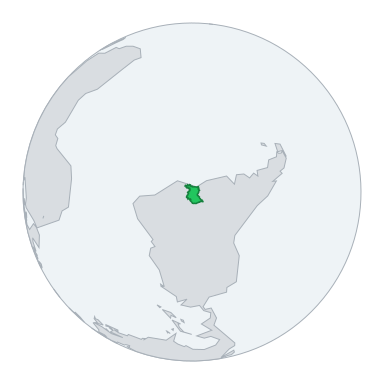 São Paulo on an orthographic globe, rotated 222°
{"feature_id": "BRA-1311", "entity_name": "São Paulo", "entity_type": "State", "adm_level": 1, "iso_a3": "BRA", "parent_name": "Brazil", "parent_adm1": "", "projection": "orthographic", "projection_center": [-47.634, -22.544], "detail": "fine", "context": "on_globe", "style": "filled", "palette": "green", "viewbox_px": 384, "rotation_deg": 222, "n_neighbors": 0, "source": "natural_earth", "source_scale": "10m", "svg_char_len": 8357}
<svg xmlns="http://www.w3.org/2000/svg" viewBox="0 0 384 384"><g transform="rotate(222 192 192)"><circle cx="192" cy="192" r="169" fill="#eef3f6" stroke="#a8b0b8"/><path d="M128.1,35.6L127.5,36.0L137.1,33.5L134.8,35.0L135.5,36.1L139.1,34.3L139.9,33.0L147.0,30.6L147.1,29.7L150.0,28.8L152.2,27.9L157.5,26.8L161.4,26.4L159.8,27.3L161.5,27.3L167.6,25.7L169.1,27.3L177.7,28.6L177.5,29.4L168.8,31.6L157.2,32.8L146.0,37.5L159.0,33.5L158.1,36.4L160.4,36.7L163.8,36.2L166.3,34.8L167.2,35.8L154.7,39.8L153.7,38.9L157.7,37.5L152.2,38.3L143.8,41.9L144.0,43.5L131.0,48.6L131.0,50.0L128.2,52.2L129.0,49.4L127.3,54.8L112.0,64.6L109.3,76.2L105.8,68.8L100.8,69.5L94.3,71.9L93.7,73.8L86.1,75.7L77.5,83.1L72.0,94.1L72.7,100.8L81.4,97.3L85.1,91.6L92.2,88.2L84.8,102.5L96.7,100.2L94.1,110.6L97.3,114.9L103.9,111.7L110.5,112.7L116.0,105.5L124.6,100.7L124.0,109.0L129.3,100.5L133.7,103.8L151.1,101.3L149.6,103.3L164.2,112.2L181.2,116.1L185.1,122.6L183.0,126.7L189.1,127.9L189.2,130.6L214.5,135.7L228.1,143.9L228.1,153.9L217.6,164.9L210.3,190.6L192.0,198.9L188.8,210.1L177.0,227.0L165.7,226.2L170.5,234.6L165.5,240.1L158.6,241.0L158.8,247.3L153.7,247.9L158.1,251.6L152.2,260.7L156.5,267.2L152.8,274.7L155.8,278.5L153.6,278.7L151.8,280.5L152.4,282.9L144.6,280.2L139.7,271.4L140.5,266.4L137.5,266.2L139.1,253.9L136.7,256.7L133.1,239.8L134.4,225.6L131.1,188.4L126.9,182.0L114.3,176.3L99.0,155.0L102.2,144.4L99.3,140.7L109.0,125.3L107.0,114.2L103.7,113.5L100.1,118.6L89.5,114.8L86.6,107.7L59.2,108.5L57.5,106.4L59.3,100.3L59.7,88.4L55.1,102.4L53.4,101.4L53.9,97.4L55.9,94.7L59.2,88.0L59.0,87.8L59.4,87.3L67.4,77.9L76.1,69.0L85.5,60.8L95.4,53.4L105.9,46.6L116.8,40.7L128.1,35.6ZM107.4,80.8L121.2,83.5L112.3,86.3L114.1,84.7L110.9,83.0L104.4,82.5L96.9,86.0L107.4,80.8ZM116.0,72.1L113.5,72.3L116.1,71.6L116.0,72.1ZM149.1,28.6L150.6,28.3L149.4,28.6L149.1,28.6ZM148.7,28.7L146.3,29.4L145.7,29.5L147.2,29.1L148.7,28.7ZM151.8,27.9L151.2,28.0L151.8,27.9ZM158.6,286.5L145.6,281.5L152.5,283.5L155.3,279.3L162.8,283.6L158.6,286.5ZM167.5,275.8L171.9,273.5L173.5,274.6L170.9,276.4L167.5,275.8ZM319.1,80.7L319.9,81.7L310.7,71.9L308.2,69.4L294.9,58.2L297.3,60.3L310.1,71.3L308.1,69.6L311.4,73.4L307.3,69.1L292.7,57.3L287.6,55.5L288.6,62.4L284.0,61.6L276.6,57.9L268.5,48.3L279.8,51.3L277.0,48.7L268.1,43.5L272.3,45.1L270.1,43.6L273.7,45.0L272.3,43.5L275.0,44.8L274.9,44.8L287.1,52.3L298.5,60.9L309.3,70.3L319.1,80.7ZM360.9,195.1L360.1,201.2L357.9,219.1L354.2,232.8L349.6,236.8L345.1,248.7L342.0,249.8L338.5,256.2L333.3,260.9L326.3,263.8L319.8,257.8L323.2,251.4L325.8,236.7L331.1,205.1L336.9,194.1L337.9,184.1L332.8,159.2L334.2,148.8L331.8,143.0L327.5,142.0L324.3,135.3L321.3,133.9L299.5,130.4L290.4,121.3L273.7,98.1L275.9,91.0L272.0,82.1L283.2,61.6L290.5,65.0L304.8,69.4L307.5,71.4L311.1,76.7L326.0,91.2L324.7,88.0L331.9,97.2L338.7,108.2L344.7,119.7L349.8,131.6L354.0,143.9L357.2,156.5L359.4,169.2L360.7,182.1L360.9,195.1ZM285.1,72.6L286.1,74.9L286.1,75.0L285.1,72.6ZM151.7,101.1L153.7,102.5L150.9,102.9L151.7,101.1ZM110.5,89.7L113.6,89.1L115.1,89.9L112.6,90.9L110.5,89.7ZM138.6,84.5L142.5,84.7L138.2,85.8L138.6,84.5ZM123.5,83.9L135.4,84.8L127.1,88.3L119.6,88.0L125.1,86.3L123.5,83.9ZM113.4,76.5L115.2,76.5L114.3,78.0L113.4,76.5ZM117.9,71.7L117.1,72.0L116.4,71.2L117.9,71.7ZM158.9,36.2L159.9,35.9L163.1,35.7L161.1,36.4L158.9,36.2ZM180.0,32.4L181.0,34.3L178.9,33.2L176.4,34.2L168.9,33.7L177.0,29.9L174.6,31.5L180.0,32.4ZM161.1,32.6L164.9,32.9L160.4,32.7L161.1,32.6ZM254.2,35.6L257.5,36.9L259.3,38.1L255.8,37.6L253.2,35.8L254.2,35.6ZM261.9,38.7L252.0,34.2L253.8,34.8L254.5,35.1L256.6,35.9L258.3,36.8L269.6,42.2L271.8,43.7L264.2,41.3L265.5,41.1L262.1,39.6L261.9,38.7ZM229.8,27.3L228.5,27.1L223.2,26.0L223.8,26.1L219.6,25.3L219.8,25.3L229.8,27.3ZM175.6,23.8L172.0,24.3L168.6,24.7L175.6,23.8ZM168.4,24.7L169.8,24.7L165.0,25.3L166.7,25.4L159.0,26.3L157.1,26.7L168.4,24.7ZM205.9,23.6L201.6,23.4L198.5,23.7L198.3,24.5L191.1,24.2L186.8,23.5L184.8,23.2L185.0,23.2L205.9,23.6ZM307.3,70.3L308.8,71.4L310.4,72.5L312.5,75.1L307.3,70.3ZM297.5,62.2L298.4,62.5L302.2,66.3L300.7,65.4L297.5,62.2ZM295.6,59.8L298.2,62.3L295.9,60.4L295.6,59.8ZM324.2,86.8L322.5,84.8L322.0,84.1L323.9,86.4L324.2,86.8ZM291.9,328.3L288.5,330.6L289.8,329.7L291.9,328.3ZM352.0,246.4L344.7,262.6L345.1,259.6L348.6,251.5L354.1,237.8L354.8,237.2L355.3,235.5L352.0,246.4Z" fill="#d9dde1" stroke="#a8b0b8" stroke-width="1"/><path d="M199.9,194.5L199.5,194.6L199.4,194.5L199.4,194.4L199.2,194.6L199.1,194.8L198.9,194.9L198.7,194.8L198.7,195.0L198.6,194.9L198.5,195.0L198.4,195.1L198.1,195.2L197.9,195.3L198.0,195.5L198.0,195.8L197.9,195.8L197.7,195.9L197.6,195.7L197.4,195.7L197.2,195.7L196.8,195.6L196.4,195.7L196.3,195.8L196.2,195.8L195.9,196.0L196.0,195.9L196.0,196.1L196.0,196.3L195.9,196.3L195.6,196.4L195.6,196.1L195.4,196.0L195.4,195.9L195.4,196.0L195.2,196.1L195.3,196.3L194.8,196.6L193.9,197.1L193.7,197.3L193.7,197.5L193.2,197.9L192.5,198.3L192.4,198.3L192.0,198.5L191.5,198.9L191.3,199.1L191.2,199.3L190.9,199.4L191.2,199.5L191.3,199.4L191.2,199.7L191.2,199.8L190.8,200.1L190.9,199.9L190.5,199.8L190.4,199.3L190.1,199.3L190.1,199.2L189.9,199.1L189.8,199.3L189.7,199.5L189.5,199.4L189.4,199.3L189.5,199.2L189.6,198.9L189.6,198.7L189.5,198.4L189.4,198.3L189.2,198.3L188.9,198.4L188.4,198.3L188.3,198.2L188.3,198.3L188.2,198.3L187.8,198.4L187.5,198.3L187.5,198.1L187.5,197.9L187.6,197.7L187.7,197.3L187.6,197.2L187.4,197.0L187.4,196.8L187.4,196.7L187.2,196.6L187.0,196.3L186.9,196.1L186.7,196.0L186.7,195.9L186.8,195.9L186.8,195.5L186.7,195.3L186.6,195.0L186.5,194.9L186.6,194.5L186.6,194.1L186.3,193.8L186.3,193.7L186.2,193.7L185.9,193.5L185.8,193.3L185.7,193.3L185.6,193.1L185.2,193.2L185.0,193.3L184.9,193.2L184.7,193.3L184.5,193.2L184.4,193.3L184.2,193.3L183.8,193.2L183.6,193.3L183.4,193.3L183.4,193.1L183.2,192.9L182.6,192.8L181.9,192.4L181.7,192.5L181.3,192.5L181.1,192.5L180.8,192.4L180.5,192.4L180.2,192.2L179.9,192.1L179.7,192.2L179.7,192.4L179.5,192.5L179.5,192.4L179.4,192.4L178.9,192.4L178.7,192.4L178.2,192.4L177.9,192.4L177.7,192.3L177.4,192.4L177.1,192.7L177.3,192.3L177.4,192.2L177.5,192.0L177.8,191.9L178.3,191.5L178.7,191.3L179.1,190.9L179.2,190.4L179.5,190.2L179.6,189.8L179.8,189.7L179.7,189.3L179.8,189.2L180.1,189.0L180.2,188.8L180.4,188.6L180.4,188.0L180.6,187.9L180.7,187.6L181.0,187.2L181.0,186.7L181.1,186.4L181.3,186.3L181.8,185.7L182.3,185.5L182.5,185.4L182.6,185.2L182.7,184.9L183.0,184.6L183.6,184.3L183.8,184.1L184.2,183.9L184.3,184.0L184.5,184.2L185.8,184.3L186.7,184.3L187.1,184.5L187.5,184.4L187.5,184.5L187.4,184.6L187.4,184.9L187.6,185.4L187.8,185.4L187.9,185.2L188.0,185.0L188.1,184.9L188.2,185.0L188.3,185.1L188.3,185.7L188.5,185.8L188.6,185.7L188.5,185.3L188.7,185.0L189.0,184.9L189.2,185.0L189.4,184.9L189.6,184.9L189.9,184.8L190.1,184.8L190.3,184.9L190.3,184.6L190.5,184.8L190.8,184.9L191.0,184.8L191.0,184.7L191.1,184.8L191.3,184.8L191.4,184.6L191.4,184.4L191.8,184.4L192.0,184.6L192.5,184.4L192.6,184.5L192.9,184.9L193.0,185.0L193.1,185.3L192.9,185.8L193.1,185.9L193.3,186.1L193.4,186.4L193.4,186.5L193.2,186.8L193.1,187.2L193.3,187.4L193.3,187.5L193.4,187.8L193.6,188.1L193.8,188.5L193.7,188.6L193.8,188.7L194.0,188.6L194.3,188.5L194.6,188.6L194.8,188.7L195.0,188.7L195.1,188.8L195.1,189.0L194.9,189.5L194.7,189.8L194.7,190.0L194.8,190.4L194.7,190.4L194.6,190.5L194.8,190.8L194.6,191.0L194.5,191.3L194.6,191.5L194.9,191.7L195.0,191.8L195.4,192.0L195.4,192.3L195.2,192.4L195.5,192.6L195.4,192.8L195.5,192.9L195.7,193.0L196.0,192.9L196.0,193.0L196.4,193.0L196.5,192.9L196.8,193.0L196.9,192.9L197.0,192.9L197.2,192.6L197.2,192.3L197.2,192.2L197.4,192.2L197.3,192.3L197.6,192.3L197.8,192.4L198.0,192.2L198.0,192.4L198.5,192.2L198.9,191.9L199.0,191.8L199.4,191.8L199.6,191.7L199.8,191.7L200.0,192.0L200.2,192.3L200.4,192.3L200.5,192.3L200.8,192.3L200.9,192.2L200.9,192.3L201.3,192.2L201.4,192.5L201.2,192.7L201.2,192.8L200.9,193.0L200.7,193.1L200.4,193.1L200.1,193.2L199.9,193.2L199.8,193.3L199.7,193.4L199.7,193.8L199.5,194.1L199.6,194.3L199.8,194.4L199.9,194.5ZM198.5,196.1L198.4,196.3L198.4,196.2L198.1,196.2L197.9,196.0L198.1,195.8L198.2,195.5L198.3,195.5L198.5,195.7L198.5,195.9L198.4,195.9L198.4,196.0L198.5,196.0L198.5,196.1ZM192.3,198.4L192.5,198.3L192.4,198.4L192.2,198.5L191.5,199.1L191.3,199.4L191.3,199.1L191.5,199.0L191.9,198.7L192.1,198.5L192.3,198.4ZM195.5,196.1L195.6,196.3L195.5,196.2L195.4,196.3L195.3,196.2L195.5,196.1Z" fill="#22c55e" stroke="#15803d" stroke-width="1.5"/></g></svg>